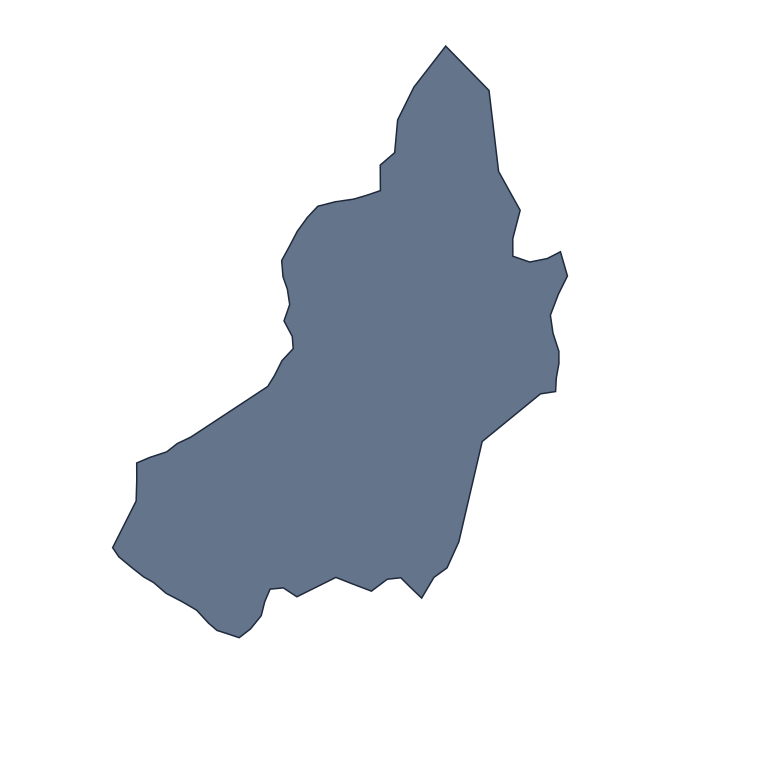 outline of Maratá, Rio Grande do Sul, Brazil, rotated 39°
{"feature_id": "56859067B99972506028155", "entity_name": "Maratá", "entity_type": "district", "adm_level": 2, "iso_a3": "BRA", "parent_name": "Brazil", "parent_adm1": "Rio Grande do Sul", "projection": "orthographic", "projection_center": [-51.552, -29.545], "detail": "fine", "context": "isolated", "style": "filled", "palette": "slate", "viewbox_px": 768, "rotation_deg": 39, "n_neighbors": 0, "source": "geoboundaries", "source_scale": "gbopen_adm2", "svg_char_len": 1092}
<svg xmlns="http://www.w3.org/2000/svg" viewBox="0 0 768 768"><g transform="rotate(39 384 384)"><path d="M276.1,682.0L286.8,685.2L303.1,685.4L318.4,685.2L329.8,683.3L346.5,683.8L363.7,680.3L380.7,677.7L398.3,680.3L409.3,680.6L420.4,676.3L431.1,672.3L434.4,658.4L434.4,641.3L428.3,628.2L424.6,615.1L434.1,605.8L450.2,604.2L468.3,564.6L486.0,559.0L504.6,552.9L509.4,533.7L519.0,524.0L532.2,525.4L548.0,526.7L544.5,502.9L548.7,487.2L541.5,459.6L496.5,366.9L511.8,293.2L522.1,281.9L514.2,271.0L507.0,257.9L499.3,248.5L483.3,238.1L470.0,225.8L463.0,204.4L458.6,184.6L437.9,170.2L431.9,183.8L420.5,197.5L403.7,203.6L392.6,190.0L380.5,163.3L339.3,146.7L280.9,89.8L219.3,82.6L220.4,134.4L228.4,170.2L246.7,197.5L243.3,216.2L259.5,236.0L251.2,249.1L244.0,259.5L231.4,273.1L220.7,287.5L219.6,302.5L220.5,319.9L223.8,336.2L226.8,352.5L238.0,364.2L249.3,371.2L260.7,381.6L266.6,397.9L282.8,404.8L291.2,413.7L290.0,430.0L293.5,446.0L295.2,459.1L267.3,546.7L260.8,560.4L257.8,573.5L248.2,588.4L241.5,601.0L252.2,614.1L265.0,630.9L276.1,682.0Z" fill="#64748b" stroke="#1e293b" stroke-width="1.5"/></g></svg>